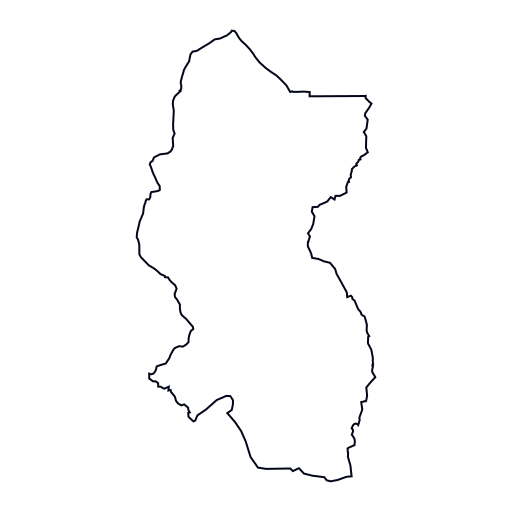 Todee, Montserrado, Liberia (Natural Earth projection)
{"feature_id": "62588387B18343621802172", "entity_name": "Todee", "entity_type": "district", "adm_level": 2, "iso_a3": "LBR", "parent_name": "Liberia", "parent_adm1": "Montserrado", "projection": "natural_earth1", "projection_center": [-10.474, 6.631], "detail": "fine", "context": "isolated", "style": "outline", "palette": "ink", "viewbox_px": 512, "rotation_deg": 0, "n_neighbors": 0, "source": "geoboundaries", "source_scale": "gbopen_adm2", "svg_char_len": 5687}
<svg xmlns="http://www.w3.org/2000/svg" viewBox="0 0 512 512"><path d="M351.6,476.3L350.4,465.4L349.7,463.0L347.9,456.8L348.0,456.0L348.1,452.5L347.7,451.6L347.7,449.2L347.6,448.4L348.9,447.6L353.4,445.6L354.4,445.1L354.5,445.1L354.6,443.6L354.9,441.7L354.7,440.4L354.5,438.9L353.4,437.0L352.9,436.2L351.8,434.7L352.4,433.1L353.0,431.5L353.0,430.9L352.9,430.3L352.8,429.6L352.3,428.9L352.1,428.8L351.7,428.4L351.7,428.2L352.0,427.5L353.0,425.3L354.0,424.3L354.3,424.0L355.5,423.7L355.8,423.6L357.6,424.2L358.1,425.0L358.6,423.9L359.6,420.2L359.6,419.6L359.4,417.4L362.3,409.6L361.2,402.1L362.8,401.8L363.7,401.4L365.1,401.2L365.6,401.1L365.8,401.2L366.3,400.0L367.1,395.7L366.3,387.5L370.5,382.4L371.2,381.6L374.2,378.4L375.3,377.2L374.7,376.1L372.9,373.2L372.2,372.0L372.2,370.0L372.4,368.6L372.5,368.3L373.0,366.2L372.4,365.8L372.5,364.6L373.1,364.3L372.8,361.8L372.8,361.7L372.8,358.7L372.8,357.5L372.3,354.9L371.3,349.7L371.2,349.5L368.6,344.6L368.1,343.7L368.0,343.1L367.9,342.6L368.1,339.3L368.2,336.8L369.2,336.2L368.1,334.3L367.3,333.0L366.6,330.3L366.9,325.0L366.9,324.8L366.0,321.3L365.2,318.6L364.9,317.4L364.7,316.8L364.2,316.2L362.4,315.3L361.3,314.3L361.0,312.7L360.0,311.2L358.1,309.0L357.1,306.6L354.5,300.5L353.6,299.8L352.4,298.9L352.2,297.2L350.9,295.7L348.5,296.6L347.2,297.1L346.8,292.4L344.2,287.6L343.9,287.1L342.7,284.9L341.0,281.7L340.5,280.9L336.5,273.7L336.2,272.5L335.3,269.6L335.1,268.9L333.1,266.6L331.9,265.1L331.4,264.5L330.0,262.8L325.1,261.6L324.0,261.4L322.1,260.5L318.5,259.0L317.5,258.8L313.4,258.1L312.1,257.8L312.0,257.0L311.2,253.8L310.9,253.1L310.8,252.7L310.6,252.2L309.5,249.8L308.4,247.5L307.8,246.2L307.9,242.8L308.0,241.8L308.3,241.8L308.6,241.0L309.4,237.9L309.5,237.7L310.0,236.6L308.0,233.3L311.2,229.0L313.3,223.8L313.5,222.2L314.4,216.9L314.5,216.2L313.7,214.9L311.8,211.7L311.9,211.2L312.2,209.5L312.6,207.1L317.7,206.9L319.8,204.7L320.4,204.5L321.4,204.1L323.3,203.3L323.8,203.1L327.4,201.4L327.8,200.8L330.8,197.1L334.5,199.5L335.5,195.9L340.0,195.9L340.4,195.7L343.5,194.1L344.2,193.8L345.2,193.3L346.6,192.5L346.2,186.8L348.0,181.8L349.0,181.8L348.7,180.6L349.3,178.7L351.0,177.3L350.7,175.0L351.8,170.7L352.0,169.0L354.6,166.4L356.9,165.4L356.2,164.0L358.4,161.4L358.8,159.9L360.5,159.4L360.2,158.2L360.8,156.8L361.3,156.5L363.8,155.2L364.3,155.0L365.1,154.3L367.8,152.3L366.1,148.2L365.9,147.6L366.0,145.9L366.0,145.7L366.1,142.3L366.1,141.9L366.2,140.1L366.2,138.2L366.3,136.7L366.3,136.3L365.4,134.7L364.3,132.8L363.8,132.0L364.0,131.8L366.5,128.5L367.7,119.7L367.4,119.3L366.0,117.3L365.2,116.2L364.8,115.7L365.4,113.0L369.1,107.8L371.5,103.5L371.0,103.1L369.3,101.9L368.9,101.4L365.6,98.1L365.7,96.3L365.7,95.9L365.2,96.0L349.2,96.1L340.3,96.1L331.5,96.2L309.6,96.3L309.7,92.1L305.2,91.7L304.1,91.6L296.6,91.9L292.7,91.8L292.2,91.3L290.2,92.0L287.8,87.8L286.5,85.5L284.5,83.4L279.7,78.5L276.2,75.3L271.0,71.9L266.2,68.4L259.6,62.5L255.0,56.7L253.4,54.0L252.2,52.4L250.0,49.5L245.9,45.0L242.8,42.2L241.5,41.0L239.0,37.9L236.6,33.7L236.3,33.1L235.0,31.6L234.5,31.0L233.5,30.9L231.7,30.7L231.0,32.0L229.5,33.4L226.9,35.4L223.3,37.0L222.3,37.5L220.0,38.5L214.7,39.4L209.4,43.2L203.0,47.0L196.7,50.9L192.6,51.6L190.5,54.3L190.4,55.0L190.0,56.7L189.1,61.4L185.9,66.4L183.9,70.1L183.3,72.5L181.8,77.3L181.7,78.1L180.9,80.9L180.7,83.2L181.0,84.2L181.2,85.0L181.3,88.2L180.4,90.2L179.9,90.5L180.6,91.0L175.4,95.8L174.7,96.6L174.6,96.9L173.0,100.9L172.8,104.2L172.9,104.8L173.5,108.8L173.6,109.5L173.8,110.7L173.1,124.3L173.1,124.8L173.2,127.3L173.2,129.5L174.2,132.5L174.6,133.5L172.9,137.5L172.7,137.8L173.1,144.6L173.2,146.3L172.4,147.9L172.1,149.3L171.2,150.3L170.6,151.5L169.4,152.2L169.1,152.5L168.7,152.5L167.6,153.4L159.8,154.4L155.6,156.6L154.2,157.3L153.9,157.7L153.6,158.3L153.5,158.7L152.7,160.7L150.4,162.5L149.8,164.5L150.5,166.0L150.7,166.5L151.9,169.7L152.2,170.8L153.7,174.6L153.9,174.8L155.1,177.4L157.4,182.7L159.6,185.9L159.7,186.5L159.8,188.7L159.8,190.0L159.4,190.3L157.5,191.1L151.3,192.1L151.0,192.7L150.5,193.9L150.3,197.0L149.2,199.4L146.7,199.3L145.8,200.6L145.3,202.9L145.2,203.2L144.5,204.7L143.8,207.6L143.1,213.5L140.5,219.6L139.7,221.5L138.2,228.1L137.1,232.6L137.0,233.7L136.7,237.3L137.3,238.4L138.1,239.8L139.3,244.7L139.4,254.5L141.0,257.3L145.3,261.7L149.0,265.5L149.5,265.7L154.3,268.6L156.5,270.4L156.8,270.6L157.6,271.3L160.5,274.1L164.9,276.0L165.0,277.2L168.0,277.4L169.8,280.2L171.7,282.3L174.1,284.3L175.2,285.3L176.6,288.7L174.6,294.1L175.0,297.0L177.1,299.6L178.5,302.1L179.9,304.5L179.9,308.7L180.5,312.4L181.7,315.0L186.3,319.1L188.4,321.6L192.1,325.9L192.8,326.6L193.3,329.0L190.8,331.0L189.3,335.1L188.6,338.4L188.6,338.9L188.6,342.0L186.3,344.5L182.9,346.6L179.1,346.2L175.5,347.7L174.7,348.1L172.9,350.5L170.7,354.6L170.5,355.0L169.3,358.2L167.5,360.9L166.2,362.9L165.8,363.5L160.6,365.0L156.7,366.4L155.7,370.5L153.6,373.5L151.1,374.3L149.2,373.6L149.2,378.5L153.0,381.3L155.5,381.3L158.1,383.1L158.2,386.7L160.6,386.7L162.7,387.9L164.2,388.7L168.8,386.7L168.4,390.5L170.6,390.0L171.1,392.1L173.2,394.6L174.9,396.7L176.0,400.8L178.0,403.4L178.8,403.9L181.3,405.4L184.2,404.4L188.0,407.5L188.5,410.3L189.8,412.4L188.2,412.9L188.5,416.8L193.4,421.4L195.2,420.6L197.4,415.4L205.9,409.6L215.3,401.3L216.8,400.0L226.3,395.9L230.3,396.1L233.0,400.2L232.9,403.8L232.8,405.1L231.7,410.0L227.3,413.1L231.1,417.5L235.1,422.1L238.3,426.9L240.0,429.4L241.3,431.4L245.8,441.7L246.7,444.6L250.5,456.9L257.4,466.8L258.0,467.6L266.0,468.9L277.9,468.7L283.3,468.6L290.2,468.5L291.4,469.6L292.9,471.1L298.9,468.2L304.0,473.6L312.5,475.7L313.3,475.8L324.3,477.2L324.7,477.7L325.5,478.7L326.7,480.3L330.5,481.3L337.6,480.0L346.5,476.8L351.6,476.3Z" fill="none" stroke="#020617" stroke-width="2"/></svg>